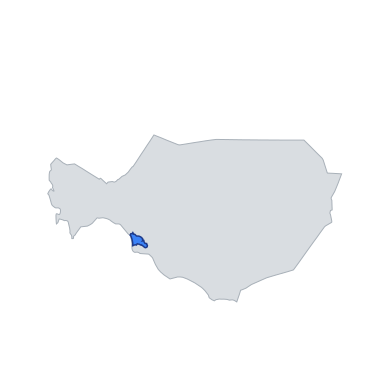 Guidan-Roumdji, Maradi, Niger shown in context, rotated 33°
{"feature_id": "23599985B37435064601183", "entity_name": "Guidan-Roumdji", "entity_type": "district", "adm_level": 2, "iso_a3": "NER", "parent_name": "Niger", "parent_adm1": "Maradi", "projection": "albers", "projection_center": [6.935, 13.581], "detail": "fine", "context": "in_parent", "style": "filled", "palette": "blue", "viewbox_px": 384, "rotation_deg": 33, "n_neighbors": 0, "source": "geoboundaries", "source_scale": "gbopen_adm2", "svg_char_len": 4015}
<svg xmlns="http://www.w3.org/2000/svg" viewBox="0 0 384 384"><g transform="rotate(33 192 192)"><path d="M289.4,259.8L286.3,259.9L284.5,260.5L282.3,262.3L279.9,263.0L276.9,264.6L275.0,265.9L273.2,266.9L270.7,269.3L270.0,271.1L267.5,271.5L264.0,271.3L261.8,269.5L256.6,267.7L253.3,267.0L251.7,266.8L243.9,266.7L235.6,267.5L231.4,268.4L230.6,268.6L228.2,269.8L226.2,271.1L220.9,276.9L213.7,276.8L209.5,276.2L205.9,275.3L200.8,272.7L194.6,268.6L192.2,268.1L190.0,267.7L189.3,267.8L181.9,271.9L180.4,271.8L178.7,272.3L177.5,273.3L176.7,273.8L175.8,273.9L174.6,273.7L173.4,273.0L172.3,271.9L169.2,267.3L168.6,266.6L167.3,265.2L165.1,263.1L163.6,262.1L162.7,261.9L161.6,262.0L155.7,260.2L149.7,258.3L148.4,258.5L147.5,258.9L145.4,260.3L143.0,260.5L139.9,260.4L138.2,260.2L135.5,260.6L133.7,261.2L131.3,262.1L128.2,264.7L127.3,265.0L126.5,265.4L125.4,272.5L124.5,274.7L122.9,277.5L119.8,280.1L117.7,281.8L117.6,284.0L117.4,287.6L117.3,290.0L117.4,291.7L117.1,292.4L116.9,293.1L117.0,294.2L117.5,294.7L117.8,295.3L117.6,295.9L116.6,296.5L115.5,294.9L114.1,293.7L112.5,293.2L111.5,292.3L111.0,291.2L109.0,288.9L104.3,284.4L103.9,284.3L103.1,284.1L101.7,284.6L100.9,285.3L100.3,285.6L99.5,285.6L97.2,286.2L95.4,286.9L95.4,287.4L96.2,290.8L95.7,292.6L94.9,291.7L92.4,288.3L90.7,285.8L90.4,285.2L90.1,284.3L90.3,284.0L91.0,283.7L92.7,283.4L93.0,283.2L93.1,282.5L92.9,281.2L92.0,279.4L91.1,278.3L90.5,278.0L89.6,278.0L88.5,278.1L86.5,279.5L85.6,279.7L83.5,279.6L81.7,279.2L80.6,278.5L77.4,275.6L73.8,272.6L72.2,272.1L71.9,271.8L71.7,269.5L71.8,266.8L72.1,266.1L73.6,266.6L75.2,266.8L75.7,266.3L74.4,265.3L72.6,264.3L72.0,262.8L71.4,262.2L70.6,261.7L69.7,261.4L68.7,261.0L68.0,260.5L67.0,260.3L65.8,259.9L64.2,257.5L62.7,255.1L61.8,253.2L61.5,252.1L62.0,250.2L61.6,249.5L59.8,247.5L58.4,245.7L58.8,242.9L59.2,240.6L59.3,239.2L59.5,238.4L59.7,237.4L60.7,237.2L63.2,237.3L68.1,237.8L72.1,237.4L72.3,237.4L75.1,235.0L78.2,232.4L82.8,232.3L87.8,232.1L91.7,232.1L97.4,232.0L102.0,231.9L107.3,231.8L107.5,230.6L107.8,230.3L108.3,230.3L112.2,231.0L115.9,231.6L116.2,229.4L119.5,226.6L121.3,226.1L121.8,225.6L122.4,224.7L122.8,223.2L122.9,222.2L123.6,221.3L124.1,219.7L124.8,217.0L126.7,214.1L127.7,210.1L127.9,206.3L128.2,203.4L128.7,202.8L128.8,197.6L128.8,192.4L128.8,188.0L128.9,182.6L128.9,177.8L129.0,172.6L129.0,167.9L129.0,164.9L132.7,164.2L136.5,163.4L142.1,162.4L148.1,161.2L154.6,159.9L156.1,159.2L161.1,154.7L163.3,152.7L167.7,148.7L171.1,145.7L175.5,141.7L180.0,137.8L183.7,134.7L189.4,131.1L198.0,125.7L206.6,120.3L215.2,114.8L223.7,109.4L232.2,103.9L240.7,98.5L249.2,93.0L257.6,87.5L266.3,89.3L274.5,91.1L282.8,92.8L284.7,93.8L289.2,97.5L294.9,102.2L295.2,102.2L295.4,102.3L300.7,99.2L307.6,95.3L309.8,105.3L311.4,113.9L311.7,119.5L311.8,120.9L312.4,121.9L313.8,122.8L319.3,130.7L318.2,132.1L319.1,134.6L320.5,135.6L325.0,140.2L325.6,141.1L325.4,141.9L322.5,147.6L322.1,149.0L321.7,156.3L321.5,161.4L321.1,168.4L320.7,176.7L320.4,183.8L320.0,193.2L319.5,202.1L315.3,207.1L307.6,215.9L301.4,223.2L298.3,227.9L292.2,237.3L289.6,243.3L287.4,246.5L286.3,247.9L287.5,252.2L289.4,259.8Z" fill="#d9dde1" stroke="#a8b0b8" stroke-width="1"/><path d="M163.4,260.3L163.6,261.8L164.3,262.0L165.2,262.5L167.5,264.4L168.8,265.7L170.4,267.5L171.2,268.9L171.5,269.4L171.8,269.1L171.8,268.6L172.1,268.3L172.7,267.7L173.6,266.9L174.3,266.7L174.2,265.4L174.3,265.2L175.0,265.1L175.4,264.9L176.1,264.5L177.3,264.5L177.8,264.2L178.3,264.3L178.5,263.9L179.1,263.9L180.4,264.0L181.3,264.1L181.8,264.2L183.1,264.2L183.8,263.5L184.1,263.0L184.2,262.3L184.0,261.8L183.7,261.1L183.3,260.8L182.7,260.7L182.1,260.0L181.7,260.3L181.3,260.2L181.1,260.4L180.6,260.6L180.2,260.6L179.3,260.1L178.7,259.7L178.2,259.2L177.8,259.3L177.5,259.7L177.1,260.0L177.2,259.3L177.4,258.8L176.4,258.8L176.1,258.1L175.1,257.9L174.6,257.6L172.6,257.7L171.6,257.9L171.2,258.1L169.5,259.1L169.1,259.1L167.5,258.7L166.8,258.7L166.1,259.2L164.5,258.3L164.5,258.5L164.9,259.1L164.9,259.4L163.8,259.9L163.4,260.3Z" fill="#3b82f6" stroke="#1e3a8a" stroke-width="1.5"/></g></svg>